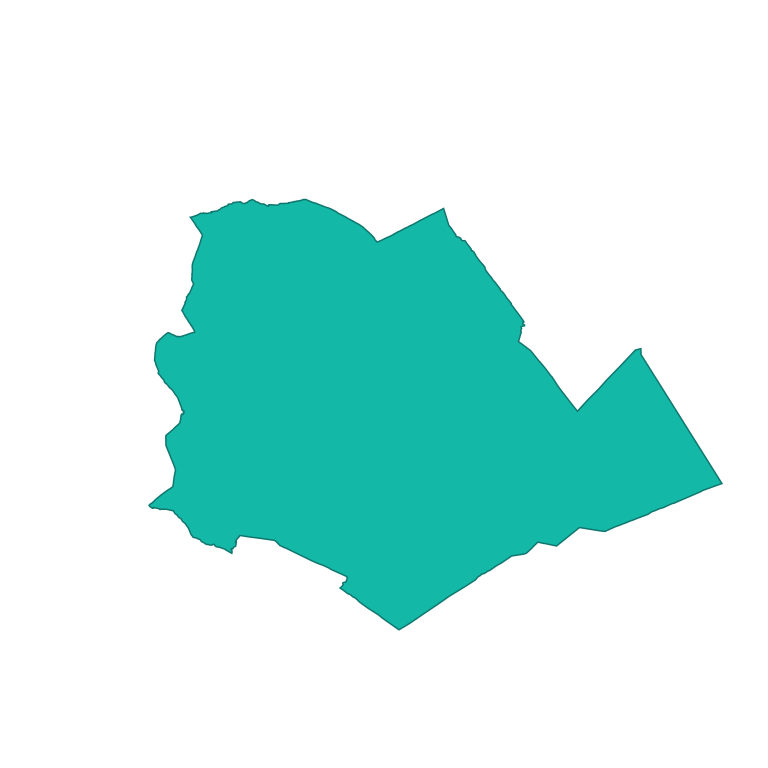 the district of Darova, Timis, Romania, rotated 65°
{"feature_id": "2599482B42801620719721", "entity_name": "Darova", "entity_type": "district", "adm_level": 2, "iso_a3": "ROU", "parent_name": "Romania", "parent_adm1": "Timis", "projection": "equal_earth", "projection_center": [21.73, 45.612], "detail": "fine", "context": "isolated", "style": "filled", "palette": "teal", "viewbox_px": 768, "rotation_deg": 65, "n_neighbors": 0, "source": "geoboundaries", "source_scale": "gbopen_adm2", "svg_char_len": 6158}
<svg xmlns="http://www.w3.org/2000/svg" viewBox="0 0 768 768"><g transform="rotate(65 384 384)"><path d="M394.6,648.2L395.3,648.2L396.3,647.9L398.8,646.3L399.0,645.9L398.5,645.4L398.5,645.2L399.1,644.9L399.7,643.4L401.5,641.1L403.1,640.0L402.8,639.6L402.9,639.3L403.9,637.8L405.6,634.1L410.0,628.4L410.7,628.5L413.0,628.2L415.4,626.9L417.8,626.5L420.2,625.1L421.2,624.8L423.5,624.6L425.9,623.4L427.0,623.0L432.0,622.2L433.1,622.3L433.8,622.2L438.6,622.5L442.4,621.7L444.4,618.9L445.5,618.3L447.0,616.7L448.0,616.2L449.4,616.1L450.1,615.7L451.8,614.2L453.0,613.7L454.4,612.6L455.2,611.1L456.3,610.0L456.8,609.1L457.4,607.2L457.1,606.7L457.3,606.0L457.9,605.7L459.5,605.4L460.5,604.9L462.8,601.7L466.1,598.3L468.1,597.1L473.1,593.5L472.4,592.9L470.9,592.3L469.0,592.5L468.8,592.2L468.9,591.9L469.3,591.4L469.5,591.0L469.2,590.2L468.8,589.9L468.5,589.5L468.3,588.8L468.4,587.2L466.3,585.5L465.4,585.2L465.0,585.4L464.9,584.7L464.6,584.5L464.1,584.4L463.5,584.8L463.3,584.6L463.1,583.9L462.2,582.4L461.4,580.2L460.4,578.7L461.8,576.4L464.9,571.9L472.2,560.4L479.7,549.0L481.6,548.2L486.1,546.7L486.7,546.3L490.7,543.0L491.3,542.1L493.0,540.9L513.9,524.0L518.9,519.6L522.5,515.9L527.5,511.7L529.2,510.7L530.9,509.3L542.3,499.5L543.9,499.0L545.4,500.1L546.7,501.7L547.4,502.1L547.5,502.5L547.0,503.4L546.8,504.3L546.8,505.2L547.5,505.7L548.3,505.6L549.2,506.7L549.7,508.0L550.3,510.0L550.9,509.6L551.8,509.4L552.6,508.6L558.2,505.7L559.3,505.0L560.0,504.1L561.2,503.3L563.6,502.3L564.7,501.3L566.0,500.4L567.6,499.7L571.1,498.4L573.8,497.0L581.2,492.8L591.0,486.5L595.4,484.5L613.1,474.3L611.7,461.3L608.6,442.5L606.2,427.3L604.0,415.1L601.7,394.9L600.2,384.2L599.4,382.2L598.4,380.4L598.3,377.4L597.4,375.7L597.8,374.9L598.1,373.7L597.9,370.9L597.4,369.4L597.7,367.2L596.2,358.7L595.9,354.0L595.8,352.9L593.7,340.6L594.1,340.0L595.8,334.1L597.2,329.3L597.5,327.1L597.4,326.0L595.3,319.4L594.7,318.1L592.4,311.6L592.8,310.8L596.2,306.3L596.7,305.4L603.7,296.1L596.7,267.5L608.3,250.4L611.0,246.0L611.1,235.0L611.7,229.0L611.7,226.7L611.9,225.4L612.3,217.7L612.5,216.5L612.8,210.5L613.7,199.8L613.1,196.6L613.0,194.9L613.3,192.5L613.4,187.9L613.6,185.7L614.1,183.2L614.1,175.3L614.2,173.3L614.6,171.6L615.4,142.5L615.2,140.0L617.0,119.8L466.2,138.6L460.5,136.3L459.5,141.9L467.5,162.0L474.3,180.0L479.5,192.1L484.7,206.5L490.5,220.2L482.3,222.2L464.3,226.3L458.6,227.4L451.9,228.2L448.4,228.8L446.8,229.4L438.4,231.1L430.0,233.3L428.4,233.9L417.4,236.6L415.7,237.1L414.5,237.7L406.9,241.7L402.4,244.2L394.9,237.6L393.4,237.5L391.9,235.9L390.6,235.8L390.2,235.6L390.1,234.1L390.6,232.1L390.2,231.7L389.3,232.0L388.4,232.7L387.7,232.6L386.9,232.1L386.7,231.6L387.0,231.1L387.4,230.8L382.2,231.6L367.4,234.7L365.6,235.1L364.8,234.6L357.3,236.5L354.5,236.8L351.2,237.5L348.3,238.8L347.8,238.8L347.2,238.5L339.3,240.2L335.7,241.3L333.3,241.6L328.5,242.8L324.1,243.7L322.2,243.6L320.7,243.2L317.3,244.0L313.8,245.1L309.9,246.0L306.2,246.6L305.5,246.4L302.3,246.8L300.6,247.6L300.0,248.5L298.9,248.1L298.1,248.0L291.4,249.6L289.9,249.7L288.3,250.1L288.0,250.6L287.8,251.4L286.7,252.9L284.1,253.0L282.9,253.8L280.9,256.2L278.8,255.9L276.1,256.5L271.8,257.1L267.6,258.2L250.1,255.8L250.6,266.0L250.7,266.7L250.5,268.0L251.0,280.9L251.7,291.2L251.5,293.7L251.9,296.5L251.7,298.1L252.1,305.7L252.0,307.2L252.7,315.7L252.5,320.0L252.7,325.7L252.5,330.1L249.8,331.2L247.6,331.2L245.5,331.7L241.7,333.1L232.5,337.0L228.5,339.4L226.8,340.8L222.9,343.5L217.9,347.3L216.5,348.1L209.5,353.6L207.6,354.5L203.2,357.9L200.9,360.0L198.6,362.7L197.5,363.6L191.4,369.4L188.9,372.3L183.8,376.8L182.8,378.9L182.5,381.0L182.5,381.9L182.2,383.4L181.5,385.3L181.2,386.9L180.7,388.5L180.2,391.3L179.3,394.0L179.8,394.5L176.5,401.9L177.0,404.7L173.0,412.3L172.9,413.0L174.0,413.4L173.8,413.8L173.1,414.9L171.0,416.1L169.9,417.0L169.3,418.6L168.6,419.7L166.1,421.3L164.7,423.1L163.1,423.8L162.1,424.6L161.5,425.2L161.1,426.0L161.2,427.1L161.0,428.3L161.4,430.4L161.7,431.4L161.5,434.1L160.7,435.6L160.3,435.9L158.5,436.9L157.9,437.5L157.8,438.9L157.1,439.9L156.9,440.6L156.6,441.5L156.6,442.4L155.7,443.9L156.3,445.1L156.4,446.0L156.2,447.0L155.4,448.4L155.3,449.0L156.2,450.6L156.3,451.2L156.1,451.6L155.9,453.2L155.8,453.4L156.1,454.1L155.9,455.1L155.8,457.1L156.4,458.5L156.4,460.4L156.8,461.5L156.8,462.0L156.3,463.0L154.9,468.0L155.1,468.3L155.7,467.7L155.8,468.0L155.5,468.8L154.8,471.8L154.0,473.3L153.7,474.6L152.7,475.1L152.7,476.3L151.7,478.2L151.9,479.5L152.0,482.3L151.4,487.9L151.0,489.0L158.3,487.7L160.7,487.6L167.1,486.3L172.0,485.7L172.8,485.9L174.1,487.3L179.1,491.7L181.4,494.0L184.2,496.7L184.4,497.2L185.7,498.5L189.4,502.0L192.3,505.1L194.2,506.8L196.2,508.1L199.6,509.5L202.0,510.7L203.4,511.8L204.2,511.9L208.4,514.3L212.9,514.3L215.3,517.2L215.7,517.5L219.6,521.9L219.9,523.4L220.6,523.9L221.4,525.3L221.7,526.3L222.5,526.5L223.7,527.1L224.8,528.2L225.9,529.9L227.0,530.0L227.6,531.1L228.4,531.9L229.1,532.8L229.5,533.1L230.2,534.2L230.8,534.4L231.4,535.8L231.7,536.0L232.4,536.1L233.8,535.8L238.9,535.6L242.0,535.0L245.4,534.7L248.2,534.1L249.4,534.1L250.2,533.8L255.3,533.4L257.0,533.6L256.3,537.7L255.7,544.1L255.1,548.2L254.6,549.5L254.5,550.3L254.2,550.6L253.9,550.4L253.7,550.6L253.8,551.0L253.5,551.7L250.7,554.0L249.4,555.3L246.7,557.3L246.2,558.1L246.6,560.5L247.5,563.7L248.8,567.8L249.0,569.0L249.7,570.0L250.5,572.4L252.4,574.1L254.6,575.6L258.2,577.6L258.7,578.1L263.5,580.7L265.5,582.0L267.7,582.0L270.8,582.6L274.7,582.6L276.7,582.8L277.6,583.0L278.3,583.8L279.0,584.2L281.8,583.3L284.7,582.7L287.6,581.8L288.7,582.1L289.7,582.1L291.3,581.6L291.5,581.1L297.4,579.7L298.6,578.9L300.1,578.3L305.1,577.6L307.1,577.1L309.2,576.7L319.6,577.5L320.6,577.4L321.9,578.2L322.9,577.3L323.4,577.6L324.1,576.7L325.7,577.8L325.4,578.2L326.4,578.9L326.7,579.4L325.8,580.2L326.1,580.7L327.0,581.4L329.8,583.1L332.9,585.4L333.6,587.1L334.8,591.1L336.0,594.3L338.4,603.1L338.9,603.7L344.4,606.2L347.8,607.6L368.8,608.7L371.3,608.9L373.8,609.3L379.3,613.3L381.5,614.6L382.6,615.5L383.8,616.1L387.4,618.5L388.0,619.3L389.0,626.1L390.3,632.7L392.3,640.3L393.0,641.9L393.1,642.8L393.7,643.7L394.0,646.6L394.6,648.2Z" fill="#14b8a6" stroke="#0f766e" stroke-width="1.5"/></g></svg>